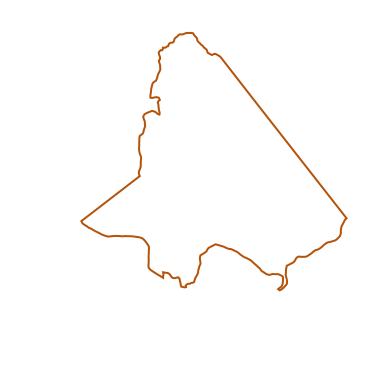 Jacundá, Pará, Brazil, rotated 322°
{"feature_id": "56859067B70193935758216", "entity_name": "Jacundá", "entity_type": "district", "adm_level": 2, "iso_a3": "BRA", "parent_name": "Brazil", "parent_adm1": "Pará", "projection": "robinson", "projection_center": [-49.237, -4.593], "detail": "fine", "context": "isolated", "style": "outline", "palette": "amber", "viewbox_px": 384, "rotation_deg": 322, "n_neighbors": 0, "source": "geoboundaries", "source_scale": "gbopen_adm2", "svg_char_len": 3736}
<svg xmlns="http://www.w3.org/2000/svg" viewBox="0 0 384 384"><g transform="rotate(322 192 192)"><path d="M86.9,146.8L86.4,149.0L86.8,151.0L87.4,152.5L88.2,154.6L88.6,156.6L90.0,158.9L90.8,161.3L92.0,164.0L92.9,165.8L93.7,167.5L94.8,170.1L96.0,172.1L97.4,174.3L98.5,175.5L100.2,176.6L101.8,177.6L104.4,179.3L106.3,180.9L107.4,181.8L108.4,182.7L109.3,183.6L111.5,185.2L112.8,186.0L113.8,187.0L115.7,188.5L117.7,190.2L122.6,195.2L123.6,196.7L124.4,198.2L124.8,200.2L124.9,202.8L124.8,206.4L124.4,208.5L123.1,210.3L121.6,211.9L120.7,213.1L117.3,217.1L116.3,218.6L114.6,220.7L113.2,222.3L111.9,223.6L111.2,225.4L111.4,228.0L112.0,229.8L112.6,231.6L113.8,235.1L114.6,237.2L115.2,238.5L116.4,241.8L119.1,238.9L119.8,237.5L122.0,239.9L123.0,240.8L123.6,242.2L123.8,244.0L123.6,245.6L123.6,247.1L124.6,248.7L125.9,249.6L127.3,250.0L128.7,250.9L128.7,252.8L127.5,255.0L127.0,256.5L125.7,258.7L125.3,260.1L126.3,261.1L127.2,262.4L128.7,263.3L129.4,261.8L131.4,261.7L132.8,262.2L134.1,263.0L135.6,263.3L136.8,264.0L138.0,264.3L141.8,261.7L143.1,261.3L144.3,260.7L145.9,260.1L147.2,259.2L149.1,257.2L150.7,256.3L151.6,255.3L153.9,254.2L154.9,253.3L157.3,249.2L158.2,248.2L159.7,247.1L161.8,247.4L164.8,247.7L166.8,247.7L169.0,246.7L170.3,246.3L172.0,246.5L178.3,247.7L180.3,250.3L181.9,252.7L182.9,253.9L185.2,258.3L186.4,259.9L187.8,261.3L188.6,262.9L189.7,265.2L190.6,266.8L191.1,268.6L191.5,270.7L193.0,275.5L194.1,277.2L195.5,280.3L196.3,282.1L197.3,288.4L197.7,289.8L197.8,291.4L198.4,294.0L198.2,296.0L198.3,297.5L199.1,299.4L200.1,302.5L201.7,304.8L203.3,305.6L204.7,306.1L206.1,307.2L207.3,308.2L209.5,310.0L211.5,314.1L211.0,315.6L208.3,318.8L207.1,319.9L206.1,320.7L204.4,321.6L202.1,321.5L200.1,321.5L200.5,323.4L202.3,323.9L204.4,323.9L208.6,323.3L210.3,322.7L211.8,321.1L213.3,318.4L214.1,316.3L214.9,314.9L216.1,313.6L217.3,312.2L218.5,310.8L221.3,308.5L226.3,309.5L228.8,309.9L230.5,309.6L232.9,308.5L234.5,308.2L235.9,308.4L237.0,309.1L238.3,310.5L241.7,313.0L243.2,313.5L245.7,313.7L248.6,313.9L250.3,313.7L251.9,313.7L254.0,314.0L255.5,314.8L258.3,315.2L260.7,315.2L262.7,314.9L266.3,315.0L268.3,315.4L270.1,316.4L273.4,317.7L275.3,318.4L277.7,318.4L280.2,318.1L281.4,317.8L282.9,316.9L283.9,316.1L286.1,313.4L288.6,311.2L292.9,309.3L294.5,308.5L296.2,307.9L297.6,307.9L297.5,187.7L297.5,147.5L297.6,103.5L297.2,101.5L295.8,98.2L294.9,97.0L292.0,96.3L290.1,92.1L291.1,89.0L290.9,87.4L290.4,85.8L290.4,83.2L289.8,81.1L289.8,79.7L289.4,77.7L289.5,75.9L290.4,74.1L290.6,72.5L290.3,71.0L290.3,69.3L290.6,67.7L289.5,66.3L285.8,63.4L284.4,62.9L282.8,62.4L281.6,62.0L279.2,60.1L277.8,60.1L276.5,60.4L274.9,60.3L273.2,60.4L272.0,60.9L270.8,61.9L269.6,62.5L268.3,62.1L267.0,61.2L265.5,61.0L264.3,61.5L263.0,62.4L261.7,61.9L260.3,62.0L259.1,61.4L257.9,60.3L257.1,61.3L255.9,62.0L254.8,61.0L252.8,61.1L251.4,61.9L250.7,63.3L249.9,65.9L248.8,67.5L246.7,68.1L246.0,69.6L244.9,72.5L243.9,73.8L243.0,75.3L241.7,76.5L240.0,77.3L238.1,78.2L236.6,79.2L234.3,80.9L232.1,82.1L230.1,81.9L228.8,81.9L227.6,82.3L224.9,84.4L223.3,85.7L221.8,87.3L220.5,88.6L219.5,89.5L218.3,90.7L217.3,92.2L218.8,93.6L220.6,94.3L222.7,95.6L223.9,97.4L223.3,99.7L221.5,99.7L220.1,100.4L219.3,102.5L218.1,104.2L216.4,107.2L215.1,110.0L214.0,110.9L213.1,109.5L212.7,107.4L211.9,105.3L210.5,103.5L208.5,102.9L205.1,101.9L202.5,101.5L200.0,102.5L199.1,104.3L198.3,107.2L197.4,108.6L196.3,110.0L195.6,111.4L194.4,112.1L192.1,113.6L190.3,115.1L188.8,115.8L186.9,115.6L185.3,115.7L183.8,117.0L182.1,119.1L181.1,120.2L179.1,122.8L177.6,124.5L176.6,125.7L175.7,127.2L174.5,129.5L174.1,130.8L173.7,132.3L172.7,134.2L171.2,135.6L169.7,137.3L168.6,138.7L167.4,140.3L165.4,141.7L162.7,143.2L161.2,145.2L160.7,147.3L86.9,146.8Z" fill="none" stroke="#b45309" stroke-width="2"/></g></svg>